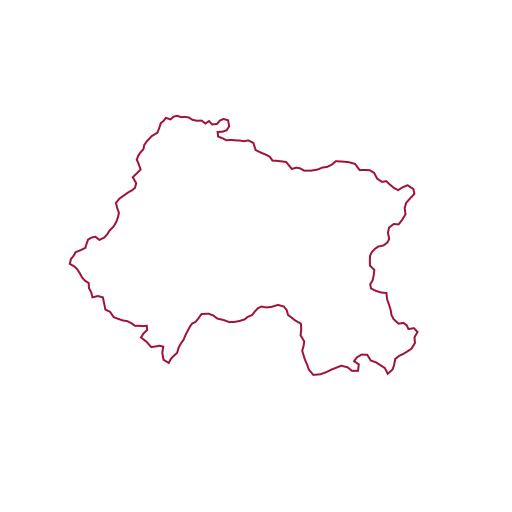 the district of Guaraciaba, Minas Gerais, Brazil, rotated 334°
{"feature_id": "56859067B49687475462588", "entity_name": "Guaraciaba", "entity_type": "district", "adm_level": 2, "iso_a3": "BRA", "parent_name": "Brazil", "parent_adm1": "Minas Gerais", "projection": "robinson", "projection_center": [-43.021, -20.563], "detail": "fine", "context": "isolated", "style": "outline", "palette": "rose", "viewbox_px": 512, "rotation_deg": 334, "n_neighbors": 0, "source": "geoboundaries", "source_scale": "gbopen_adm2", "svg_char_len": 3129}
<svg xmlns="http://www.w3.org/2000/svg" viewBox="0 0 512 512"><g transform="rotate(334 256 256)"><path d="M214.9,102.5L208.8,104.8L204.2,107.2L201.6,110.7L197.9,112.1L194.3,114.1L191.1,117.1L190.9,121.3L190.2,127.7L184.7,129.6L179.8,131.1L180.2,138.1L177.1,141.7L173.4,142.6L169.2,142.8L163.5,143.7L158.3,144.6L153.4,146.9L152.4,151.3L151.7,157.2L148.4,161.2L145.4,164.1L140.7,167.2L135.6,168.9L132.0,171.2L127.8,172.9L122.3,172.9L120.1,168.3L116.1,167.3L112.3,167.6L109.2,170.6L106.2,173.9L101.0,173.9L95.5,173.5L92.1,175.9L88.3,177.6L85.2,181.5L87.9,185.4L89.5,189.2L90.1,194.6L90.3,199.3L91.5,203.3L93.8,206.9L91.8,211.6L92.0,216.3L90.9,221.5L96.2,222.6L100.2,226.0L98.7,232.2L97.1,238.1L100.4,242.3L101.3,248.6L104.5,252.0L108.0,255.5L111.7,258.1L114.4,261.6L116.7,265.8L120.4,267.5L123.7,269.5L127.2,270.8L125.8,274.8L120.8,276.4L116.9,278.8L120.0,285.1L121.9,291.9L126.4,293.4L129.9,294.3L132.9,296.8L129.3,302.0L127.4,308.7L130.7,313.9L134.6,311.0L138.0,309.8L142.6,308.5L146.1,304.6L150.1,301.7L154.2,299.5L158.3,295.9L162.2,293.0L165.8,290.4L169.0,288.7L172.6,288.8L176.2,287.2L181.6,284.3L188.0,287.0L191.5,290.7L193.8,295.3L199.0,299.5L203.0,303.7L207.7,305.8L212.3,307.1L217.9,308.0L222.0,307.1L226.5,307.4L230.8,305.3L234.9,303.8L238.7,303.8L242.6,306.7L247.4,308.5L254.3,309.6L258.9,313.6L259.9,318.5L258.9,322.8L260.8,326.6L263.0,331.2L266.7,336.5L264.5,341.8L261.3,346.8L261.9,354.0L259.5,357.5L256.0,361.4L254.6,369.9L254.3,376.1L253.7,381.3L255.4,388.0L262.2,390.6L268.2,391.2L274.3,391.2L279.4,391.6L284.6,392.0L289.6,396.3L291.9,401.3L297.4,403.9L300.9,398.4L298.0,393.6L302.1,391.4L307.7,390.9L312.7,393.6L313.3,400.2L317.4,404.4L320.3,409.3L322.7,413.2L322.8,419.6L328.9,417.9L332.1,414.8L336.0,409.6L340.7,408.5L344.8,408.6L349.6,408.2L355.0,407.5L360.7,403.9L362.8,398.6L367.9,395.0L366.3,390.1L361.0,388.5L361.1,384.4L359.1,380.7L354.4,379.3L352.0,373.1L351.9,368.3L353.2,364.3L354.1,359.1L354.9,352.2L357.0,346.4L352.8,343.9L348.6,340.1L345.2,335.6L346.2,331.5L350.0,329.1L353.2,325.2L356.3,320.3L354.2,314.7L356.4,309.8L358.8,305.6L362.1,303.1L366.1,301.7L369.8,301.1L375.3,302.4L380.0,301.5L383.2,299.0L384.8,292.8L388.1,288.8L393.7,287.6L398.0,290.1L403.1,287.6L408.7,284.0L410.6,278.2L414.2,274.1L420.4,271.5L425.5,269.7L426.8,264.8L423.3,258.9L417.7,258.5L412.6,259.1L409.7,255.1L407.4,249.9L406.0,245.9L401.7,244.6L398.8,239.6L398.6,233.0L395.7,228.6L391.3,226.3L386.8,224.2L385.4,216.6L380.1,212.0L374.5,208.7L369.3,205.8L364.1,207.1L358.8,207.1L354.5,205.6L349.3,205.3L342.8,203.4L336.7,200.4L334.1,196.6L330.8,194.2L326.4,193.5L324.3,184.7L319.9,181.8L316.1,179.4L312.6,177.5L311.9,172.8L308.9,168.8L305.7,165.2L302.1,160.6L303.2,153.2L299.7,148.7L295.3,147.5L291.9,145.0L288.6,143.3L284.6,140.8L280.1,139.0L277.6,135.6L274.3,132.0L275.9,127.7L280.4,129.6L284.8,130.1L288.7,127.7L290.4,121.8L286.9,118.6L283.0,118.4L278.8,120.2L274.3,118.6L272.9,114.1L268.6,114.8L266.5,110.5L261.8,108.3L258.4,105.5L256.4,102.1L253.1,99.8L249.6,98.4L246.7,95.5L243.0,94.6L239.1,95.8L235.6,92.4L232.1,94.1L228.6,94.9L225.7,98.0L221.4,102.0L214.9,102.5Z" fill="none" stroke="#9f1239" stroke-width="2"/></g></svg>